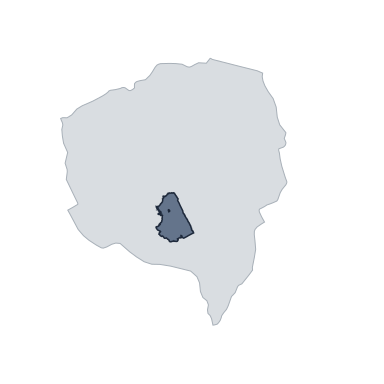 Gokwe South, Midlands, Zimbabwe (highlighted), rotated 242°
{"feature_id": "62879985B62286453442238", "entity_name": "Gokwe South", "entity_type": "district", "adm_level": 2, "iso_a3": "ZWE", "parent_name": "Zimbabwe", "parent_adm1": "Midlands", "projection": "mercator", "projection_center": [28.824, -18.131], "detail": "fine", "context": "in_parent", "style": "filled", "palette": "slate", "viewbox_px": 384, "rotation_deg": 242, "n_neighbors": 0, "source": "geoboundaries", "source_scale": "gbopen_adm2", "svg_char_len": 7375}
<svg xmlns="http://www.w3.org/2000/svg" viewBox="0 0 384 384"><g transform="rotate(242 192 192)"><path d="M263.8,310.2L260.8,308.1L256.7,306.8L251.5,306.2L244.7,306.4L236.4,307.5L227.5,306.2L218.0,302.4L210.1,301.0L200.7,302.7L200.2,302.7L198.6,301.4L196.0,298.6L191.7,298.2L190.6,297.5L189.6,296.5L189.0,295.1L188.7,293.7L189.4,289.1L189.0,288.6L187.9,288.0L185.5,287.5L179.9,285.4L172.7,283.4L161.2,281.2L156.7,280.6L155.6,280.0L154.3,278.3L152.1,273.0L150.0,269.6L145.0,264.2L144.2,262.6L144.5,258.4L144.9,255.0L145.4,252.1L145.1,249.3L145.1,246.0L145.2,243.7L144.6,242.8L142.8,242.1L137.6,241.8L131.4,241.9L131.2,238.5L130.6,233.2L129.4,230.2L128.0,228.6L125.2,227.0L119.4,224.7L111.5,221.3L104.8,216.2L97.1,209.9L94.6,208.8L91.8,202.9L87.5,192.9L87.7,189.5L87.1,187.9L82.9,182.9L82.0,180.4L81.2,177.8L74.5,170.5L72.2,167.4L70.5,163.3L68.8,160.1L67.3,158.8L65.4,156.6L64.1,154.1L63.5,152.2L64.0,149.7L64.6,148.0L71.0,149.8L74.5,150.0L77.2,149.1L80.6,150.3L84.6,153.5L89.0,154.1L93.7,152.1L100.1,152.7L108.2,156.0L114.9,156.6L122.8,153.7L129.9,145.8L136.6,138.3L143.2,129.6L147.1,122.6L152.9,117.0L160.6,112.6L168.4,108.9L180.3,104.4L182.7,100.7L183.5,96.6L183.5,91.0L184.1,87.3L185.3,85.7L187.3,84.4L189.9,82.7L197.7,78.4L204.3,75.7L212.3,73.9L221.1,73.9L229.5,73.9L234.3,73.8L234.4,79.3L234.7,85.3L235.7,85.9L242.0,86.1L252.2,86.5L262.1,86.9L268.3,91.3L270.4,92.3L277.0,93.5L285.3,100.8L295.3,101.5L302.2,103.8L308.3,106.4L311.8,109.4L314.0,110.1L317.1,110.3L318.6,110.6L318.3,112.8L316.2,116.5L316.5,121.9L319.3,129.2L319.7,135.7L318.8,147.0L318.8,158.1L319.1,162.0L319.6,164.6L320.2,166.0L320.1,167.7L318.4,172.3L317.1,177.2L317.0,179.2L316.5,180.5L315.5,181.8L311.1,184.0L310.4,185.4L310.4,187.9L310.9,190.1L312.6,190.9L314.6,192.1L315.3,193.7L315.4,195.3L314.7,198.4L313.0,203.6L314.7,209.5L316.7,213.4L319.4,217.9L320.5,220.6L320.5,222.6L320.1,224.5L316.0,232.7L313.1,237.8L309.5,243.2L304.8,246.6L303.5,248.3L303.1,250.2L303.2,254.3L303.0,258.5L299.0,265.1L301.5,270.8L300.9,271.4L299.5,272.2L293.7,278.6L287.8,285.1L283.5,289.8L278.6,295.2L273.1,301.3L268.4,306.5L263.8,310.2Z" fill="#d9dde1" stroke="#a8b0b8" stroke-width="1"/><path d="M155.1,163.4L155.1,167.3L155.2,167.8L155.2,172.5L155.2,173.2L155.1,173.3L155.2,173.7L155.1,174.2L155.4,174.3L155.7,174.3L156.2,174.4L156.6,174.2L156.8,174.3L157.1,174.2L157.3,174.4L157.5,174.4L158.0,174.0L158.3,174.1L158.5,173.9L158.7,174.0L158.8,173.9L159.0,174.0L159.6,174.1L159.9,174.3L160.2,174.6L160.6,174.4L161.1,174.4L161.7,174.7L162.0,174.6L162.5,174.9L163.0,174.8L163.3,174.9L163.7,174.7L164.1,174.9L164.4,174.8L164.7,174.9L164.9,174.8L165.1,174.9L165.5,174.8L166.0,175.0L166.2,174.9L166.5,174.9L166.8,174.8L167.3,174.8L167.4,174.7L167.6,174.8L167.8,174.7L168.0,174.8L168.2,174.7L168.6,174.7L169.3,174.9L169.6,174.8L169.8,174.9L170.1,174.8L170.3,174.9L170.8,174.8L170.9,174.7L171.2,174.8L171.3,174.7L171.6,174.7L172.0,174.6L173.4,174.6L173.5,174.6L173.9,174.6L174.0,174.5L174.4,174.7L174.6,174.6L174.8,174.8L175.3,174.6L175.6,174.7L175.8,174.6L176.0,174.6L176.5,174.7L176.8,174.4L177.6,174.3L178.0,174.5L178.7,174.6L179.7,175.0L180.0,175.0L186.3,175.2L188.5,175.4L191.2,175.3L192.5,176.5L194.5,176.2L194.9,176.3L195.0,176.2L195.4,176.3L195.7,176.2L195.9,176.2L196.4,176.0L196.6,176.1L196.9,176.0L197.4,176.0L197.5,176.0L198.1,175.9L198.6,175.9L198.9,176.0L199.2,175.9L199.3,175.7L199.6,175.6L199.6,175.3L199.7,175.2L199.9,175.2L200.0,175.2L200.1,174.6L200.4,174.3L200.3,174.0L200.5,173.8L200.7,173.7L200.8,173.6L200.7,173.5L200.8,173.1L200.9,172.8L201.1,172.4L201.3,172.3L201.5,171.8L201.7,171.7L201.9,171.4L201.8,171.2L201.9,170.7L201.6,170.5L201.9,170.2L201.7,170.1L201.8,169.8L201.6,169.4L201.7,169.2L201.2,168.6L201.1,168.2L201.0,167.8L200.8,167.5L200.9,167.3L200.9,167.1L200.9,166.9L200.7,166.6L200.8,166.2L200.7,165.9L201.0,165.8L201.1,165.6L201.3,165.5L201.3,165.4L201.5,165.3L201.4,165.1L201.5,165.0L201.5,164.8L201.7,164.7L201.8,164.5L201.2,164.1L200.6,164.2L200.3,164.3L200.1,164.2L199.9,163.5L199.7,163.0L199.7,162.7L199.0,162.6L198.7,162.5L198.2,162.0L197.2,161.3L196.9,160.4L196.7,160.3L196.5,159.6L196.5,159.3L196.3,159.0L196.3,158.6L196.0,158.4L195.7,158.2L195.6,157.5L195.2,156.6L195.2,156.2L194.9,155.7L195.1,155.1L195.4,154.9L195.2,154.2L195.5,153.9L195.8,153.7L195.5,153.6L195.5,153.4L195.2,153.4L195.3,153.6L195.2,153.6L195.0,153.9L194.9,153.8L194.7,153.9L194.4,153.5L194.2,153.6L193.8,153.7L193.9,153.9L193.7,154.1L193.6,153.8L193.5,154.0L193.3,153.9L193.2,154.1L193.3,154.3L193.1,154.3L193.0,154.2L192.9,154.0L192.9,153.8L193.1,153.9L193.0,153.7L192.8,153.8L192.8,154.2L192.7,153.9L192.4,153.9L192.4,154.0L192.2,154.0L192.2,153.8L192.0,154.1L191.8,154.4L191.5,154.3L191.6,154.1L191.4,154.0L191.2,154.2L191.0,154.3L190.8,154.3L190.8,154.1L190.6,154.2L190.6,154.3L190.4,154.5L190.2,154.6L190.0,154.8L189.9,154.9L189.6,155.0L189.6,154.9L189.4,155.1L189.2,155.0L189.2,154.9L188.6,154.9L189.0,154.6L189.2,154.4L189.3,154.2L189.1,154.3L189.0,154.2L189.2,153.9L188.8,153.9L188.6,153.9L188.3,154.2L188.3,154.4L188.2,154.2L188.3,153.9L188.2,153.8L187.9,153.8L187.9,153.7L188.2,153.6L188.3,153.7L188.3,153.4L188.2,153.1L188.7,153.3L188.8,153.2L188.7,152.9L188.1,152.6L188.1,152.3L188.2,152.2L188.6,152.4L188.8,152.2L188.7,152.0L188.1,152.1L188.0,151.9L187.7,152.2L187.5,152.6L187.4,152.8L187.4,153.0L187.2,153.1L187.3,153.3L187.1,153.4L187.1,153.5L186.9,153.4L186.8,153.6L186.7,153.6L186.7,153.8L186.5,153.7L186.6,154.0L186.4,153.8L186.3,154.0L186.2,154.0L186.1,153.9L186.2,153.6L185.9,153.9L185.8,154.0L186.0,154.1L186.0,154.3L185.9,154.4L185.8,154.6L185.5,154.6L185.4,154.7L185.4,154.9L185.2,155.0L185.0,154.9L184.7,154.5L184.2,154.1L183.4,153.7L183.2,153.7L182.8,153.4L182.8,153.2L182.6,153.2L182.1,153.0L181.9,152.9L181.7,152.9L181.3,152.4L181.2,152.1L180.5,151.8L180.2,151.4L180.0,151.1L179.7,150.9L179.7,150.6L179.5,150.2L179.6,149.9L179.3,149.1L179.0,148.9L179.0,148.7L178.6,148.9L178.3,148.7L178.3,148.4L178.2,148.3L178.1,148.0L178.3,147.9L178.5,147.4L178.2,147.1L177.9,146.9L177.7,146.8L177.6,146.3L177.7,146.0L177.6,145.9L177.7,145.7L177.6,145.4L178.0,144.6L178.0,144.3L177.8,144.3L177.9,143.8L177.8,143.7L177.1,143.6L176.8,143.5L174.6,143.8L173.9,144.4L173.2,144.8L173.1,145.0L172.9,145.1L172.5,145.5L171.7,145.6L171.6,145.2L171.8,144.9L171.5,144.7L171.3,144.6L171.1,144.0L171.2,143.9L170.3,143.0L169.5,143.5L168.6,143.4L168.2,143.7L167.6,144.0L167.4,144.0L167.1,144.2L167.1,144.6L167.1,145.1L167.0,145.3L166.9,145.4L166.7,145.3L166.4,145.4L166.3,145.6L165.5,145.7L165.2,145.9L164.2,145.9L163.8,146.4L163.6,147.1L163.5,147.8L163.4,147.9L162.9,148.0L162.4,148.2L161.6,148.4L161.3,148.7L161.2,148.9L160.9,149.0L160.5,149.1L160.3,149.0L159.8,149.1L159.6,148.9L159.3,148.9L158.8,149.0L158.3,149.5L158.2,149.5L158.0,150.2L157.9,150.4L157.8,150.6L157.7,150.7L157.8,151.4L157.6,151.7L157.6,151.8L157.4,152.1L157.3,152.7L157.4,153.0L156.8,153.1L156.6,153.8L155.9,154.6L155.6,155.2L155.4,155.8L155.7,156.6L156.0,156.9L156.2,157.3L156.4,157.4L156.8,157.0L157.5,157.2L157.4,157.7L157.4,158.5L157.5,158.8L157.4,159.0L157.5,160.0L156.8,160.4L156.7,160.8L156.9,161.0L156.8,161.4L158.5,161.6L158.8,161.8L158.4,162.3L158.1,162.4L157.1,162.2L156.1,162.3L155.2,162.9L155.1,163.4ZM185.4,163.1L185.4,162.2L185.7,162.2L186.2,162.5L186.3,162.4L187.0,162.5L187.4,162.9L187.4,163.0L187.1,163.3L186.9,163.2L186.3,163.5L185.9,163.5L185.7,163.4L185.4,163.1Z" fill="#64748b" stroke="#1e293b" stroke-width="1.5"/></g></svg>